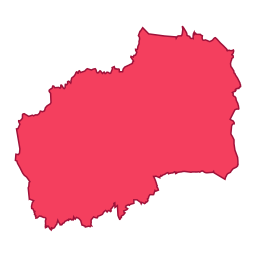 Juárez, Michoacán, Mexico (Equal Earth projection)
{"feature_id": "50627088B88478312202037", "entity_name": "Juárez", "entity_type": "district", "adm_level": 2, "iso_a3": "MEX", "parent_name": "Mexico", "parent_adm1": "Michoacán", "projection": "equal_earth", "projection_center": [-100.442, 19.293], "detail": "fine", "context": "isolated", "style": "filled", "palette": "rose", "viewbox_px": 256, "rotation_deg": 0, "n_neighbors": 0, "source": "geoboundaries", "source_scale": "gbopen_adm2", "svg_char_len": 5711}
<svg xmlns="http://www.w3.org/2000/svg" viewBox="0 0 256 256"><path d="M240.6,86.6L240.5,84.8L240.1,84.1L239.9,82.9L237.5,78.1L235.5,75.1L234.8,73.4L234.0,72.9L233.8,70.9L231.5,67.2L230.9,66.7L230.5,63.6L231.0,61.2L231.7,59.6L231.7,58.7L232.0,58.3L233.1,57.6L233.3,57.1L233.1,55.7L232.5,55.2L231.8,54.8L231.8,54.5L232.7,53.8L233.2,53.0L233.7,51.0L233.4,50.0L231.7,50.7L231.2,50.6L230.0,50.6L229.1,50.2L227.7,50.7L227.2,50.7L226.8,50.0L227.0,49.5L223.4,45.8L220.3,42.9L217.2,39.4L215.4,37.7L214.6,37.9L213.8,38.6L212.5,40.2L210.2,41.4L209.3,41.5L207.1,40.5L205.3,39.9L204.0,40.3L203.1,40.2L202.5,39.4L202.2,38.5L202.1,37.4L202.4,35.8L201.3,35.3L200.4,34.4L196.3,34.3L195.5,33.1L195.2,33.2L194.7,34.2L194.5,33.8L194.2,32.2L193.4,33.8L193.1,36.3L193.2,38.6L192.4,38.3L191.0,38.5L190.2,37.9L189.7,36.5L187.1,35.5L186.7,33.2L186.0,31.8L183.9,28.3L182.3,26.1L182.8,29.3L182.3,33.6L181.8,35.2L181.4,35.8L178.5,35.9L177.4,36.3L176.2,38.3L175.9,36.9L164.6,36.0L148.7,33.9L142.7,27.7L140.4,31.2L140.0,31.3L138.4,35.7L139.4,37.0L139.6,39.1L139.0,41.5L139.1,43.0L138.9,44.1L137.9,46.4L137.5,49.0L137.1,49.6L135.6,49.3L135.7,50.6L136.8,52.1L136.2,53.7L135.5,55.1L133.9,55.4L133.4,57.0L131.0,56.3L130.8,57.1L133.6,61.1L133.3,61.5L132.6,62.0L132.4,63.4L124.7,67.1L123.2,69.0L122.6,71.7L119.4,71.8L119.2,69.3L118.6,69.0L117.0,69.2L116.8,68.9L115.0,68.8L114.2,66.6L112.1,67.6L112.4,68.7L111.8,70.5L110.7,73.1L109.9,73.5L108.0,72.3L106.9,72.2L105.7,73.5L105.1,73.6L104.1,72.0L102.4,73.5L100.6,71.1L100.0,70.8L98.2,72.8L97.3,72.9L96.7,72.1L95.8,69.4L95.2,68.7L93.3,69.1L91.4,70.0L87.3,68.7L86.4,69.3L84.7,71.1L80.6,72.5L79.5,70.8L78.9,71.0L78.1,73.2L77.5,73.0L77.0,71.9L76.5,71.9L75.9,72.7L75.2,74.5L73.8,76.4L71.9,77.8L71.5,78.6L71.4,79.6L71.0,80.4L71.1,81.8L70.7,83.1L69.1,81.4L68.4,81.2L67.6,81.7L67.7,83.4L66.7,84.8L65.7,84.3L65.3,84.4L65.1,87.6L64.3,88.6L63.6,88.4L61.7,85.3L61.1,85.0L60.8,85.6L60.8,87.4L60.0,88.2L58.8,87.4L54.7,87.7L53.7,86.1L52.8,86.0L52.6,86.4L52.3,87.9L51.5,88.6L50.6,89.0L49.2,90.2L49.1,91.1L49.5,91.9L50.6,93.3L51.0,102.5L50.2,103.9L47.1,105.8L45.4,107.7L44.5,110.8L42.6,111.7L40.3,111.1L39.4,113.4L37.6,114.9L35.3,114.9L33.7,115.8L32.3,115.2L28.8,116.4L24.2,113.7L23.1,113.9L22.5,114.6L22.4,118.3L20.3,120.7L18.7,120.7L18.7,121.7L19.9,124.2L18.9,126.6L17.9,128.7L16.5,128.9L19.9,148.9L19.5,153.1L18.3,154.6L15.9,154.2L15.4,160.4L16.8,160.9L17.6,163.4L19.9,167.5L22.7,173.1L24.3,175.3L26.6,177.0L29.9,181.7L29.1,182.5L28.8,186.4L28.2,187.8L29.3,198.9L29.5,198.7L29.8,199.2L33.7,200.7L32.3,202.8L31.5,206.3L31.7,208.5L32.8,208.7L33.9,211.1L34.7,211.2L34.9,211.6L34.2,212.3L34.8,213.7L34.6,214.0L34.5,214.5L35.8,215.7L35.5,216.6L36.0,217.3L35.9,218.1L37.2,217.9L39.4,216.0L41.4,216.3L41.4,216.6L42.1,216.7L43.3,217.4L45.2,217.6L45.8,218.2L46.0,219.2L45.5,220.3L45.4,221.2L45.6,224.1L45.4,224.5L45.5,225.0L45.3,226.5L45.5,227.7L46.9,227.1L46.9,226.1L48.3,226.2L50.4,229.4L51.1,229.9L51.1,228.9L51.5,227.7L51.9,227.8L52.2,228.8L53.2,228.2L54.1,227.9L54.9,226.9L56.0,224.9L56.6,224.6L57.8,220.4L58.3,221.6L59.9,224.2L60.2,224.9L60.8,224.4L61.4,224.5L61.6,224.8L62.0,224.6L62.5,223.7L63.0,223.2L64.0,222.9L65.0,221.3L66.9,220.5L67.3,220.0L67.7,220.0L68.6,220.4L68.7,220.2L68.4,219.6L68.9,219.1L70.1,219.4L70.5,219.1L70.9,219.2L71.8,220.0L72.1,220.0L73.0,219.2L73.3,219.5L73.7,216.9L74.4,218.0L74.6,218.8L75.2,219.2L76.1,217.8L76.6,217.4L78.8,218.4L80.7,220.5L82.0,225.1L83.7,225.5L84.0,225.9L85.0,226.1L85.3,227.0L88.7,226.2L89.2,226.2L90.1,226.7L91.2,225.4L91.4,225.5L90.8,224.3L91.2,222.7L91.1,220.8L91.2,219.8L93.6,216.9L95.2,217.6L97.2,217.9L97.6,217.4L97.7,216.3L100.5,215.3L102.4,214.3L103.8,212.0L105.6,210.4L106.4,211.0L107.1,212.0L108.2,210.6L109.2,210.5L110.5,211.6L111.0,211.3L111.1,210.8L110.9,209.0L111.9,208.1L112.9,206.5L114.1,205.4L113.8,203.4L114.8,202.8L115.0,207.4L117.4,205.6L118.0,215.4L119.0,218.1L119.5,218.3L119.6,219.3L120.0,219.3L120.4,218.2L120.7,217.8L121.4,217.6L121.2,216.4L121.4,216.1L123.5,214.8L125.0,212.9L124.1,212.5L123.8,210.9L126.1,210.0L127.0,209.5L127.7,208.7L125.6,207.4L125.5,207.1L126.1,206.2L126.2,205.6L126.8,205.5L128.3,204.6L128.9,205.2L129.4,205.3L129.7,204.8L130.4,204.3L133.9,203.3L133.8,199.8L137.0,199.8L140.6,202.4L141.2,203.7L141.7,202.4L143.5,203.0L144.6,203.6L145.6,202.9L146.0,201.9L146.7,202.1L147.7,201.1L148.0,200.0L147.4,199.0L148.6,197.9L148.6,196.8L149.9,194.6L152.7,194.7L153.6,194.6L155.0,190.4L155.8,191.2L158.4,190.1L157.8,188.1L156.9,186.9L156.9,186.5L157.2,185.7L156.5,184.3L156.5,183.7L155.3,180.2L153.6,176.4L155.6,176.4L155.9,176.1L159.7,177.7L159.6,176.9L160.6,176.4L160.9,175.5L161.7,176.0L163.2,174.8L164.8,174.3L166.3,173.2L167.9,172.6L168.6,173.8L169.0,173.5L172.0,172.9L172.8,172.9L174.6,171.8L175.3,172.6L175.6,173.6L176.4,173.3L176.3,172.3L177.6,172.6L178.2,172.2L181.9,171.8L182.4,171.5L184.5,171.4L191.0,172.2L192.7,171.9L197.2,172.0L198.3,171.7L199.8,172.1L201.5,171.1L202.4,171.0L203.5,171.4L204.2,172.1L205.4,172.6L206.7,172.8L212.8,172.3L213.6,171.4L213.9,172.7L225.0,179.3L225.7,176.9L226.4,175.8L226.9,174.5L228.0,173.5L230.4,172.3L231.3,170.8L233.1,168.7L236.2,167.2L237.6,165.9L237.6,165.0L238.0,164.7L238.0,164.1L237.9,162.8L237.9,161.0L237.6,157.4L234.9,150.1L234.0,143.8L234.0,139.8L232.2,136.1L231.4,135.0L230.9,133.7L231.6,126.0L232.2,124.7L233.6,123.6L234.2,123.7L234.1,122.5L232.8,120.7L231.8,120.4L230.1,119.3L234.9,109.8L236.8,109.0L238.6,109.1L238.8,108.6L238.4,105.7L237.7,103.7L237.8,103.4L237.1,102.2L236.2,100.2L235.9,98.2L235.6,97.5L234.7,96.5L234.0,96.3L233.1,95.4L233.2,93.6L232.4,92.5L234.3,91.6L234.6,91.2L235.2,91.3L235.9,90.2L235.4,89.5L236.0,89.0L236.7,88.8L236.7,88.6L237.6,88.6L238.1,88.1L238.8,88.5L239.9,86.7L240.2,86.9L240.6,86.6Z" fill="#f43f5e" stroke="#9f1239" stroke-width="1.5"/></svg>